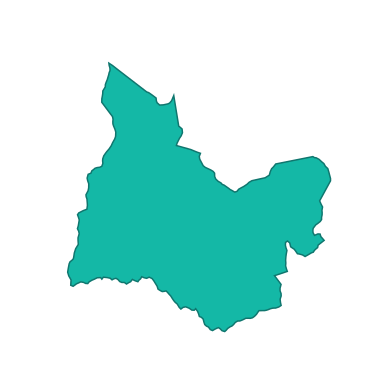 Araraquara, São Paulo, Brazil, rotated 348°
{"feature_id": "56859067B88826988181840", "entity_name": "Araraquara", "entity_type": "district", "adm_level": 2, "iso_a3": "BRA", "parent_name": "Brazil", "parent_adm1": "São Paulo", "projection": "mercator", "projection_center": [-48.185, -21.756], "detail": "fine", "context": "isolated", "style": "filled", "palette": "teal", "viewbox_px": 384, "rotation_deg": 348, "n_neighbors": 0, "source": "geoboundaries", "source_scale": "gbopen_adm2", "svg_char_len": 3829}
<svg xmlns="http://www.w3.org/2000/svg" viewBox="0 0 384 384"><g transform="rotate(348 192 192)"><path d="M208.3,155.9L205.0,153.9L199.6,150.2L186.4,143.3L187.5,141.2L189.3,138.9L191.0,136.8L193.1,134.8L195.0,132.0L195.4,128.3L194.1,126.5L192.7,124.8L194.2,93.9L191.0,98.5L188.5,100.4L186.7,100.8L183.8,100.8L182.0,100.8L178.4,100.2L176.4,97.4L176.1,95.5L176.4,92.6L173.2,88.9L170.3,85.8L168.5,84.7L145.7,57.9L140.6,51.8L137.5,48.7L137.3,51.1L137.5,53.6L137.1,56.1L135.8,58.0L134.8,60.2L133.7,62.2L132.4,64.6L130.8,66.9L129.6,68.9L129.0,71.2L125.8,74.6L125.1,77.3L124.1,79.9L123.2,82.0L122.4,85.5L128.5,98.7L129.9,101.7L129.9,104.4L129.2,106.7L128.8,109.0L129.0,111.0L129.7,114.8L129.9,117.6L128.8,121.8L127.4,124.1L124.6,127.3L122.6,130.0L119.9,132.6L117.0,134.8L115.4,136.2L113.2,138.3L111.6,141.0L111.0,143.0L110.8,145.4L109.1,148.1L107.0,148.6L104.3,148.4L102.1,148.6L100.3,149.6L98.5,150.4L97.0,152.6L94.1,153.1L92.3,156.6L92.3,159.3L92.7,162.5L91.8,166.4L90.6,169.2L87.7,172.7L87.5,174.7L87.8,177.0L87.2,181.5L86.9,183.4L85.6,187.0L81.8,187.6L76.9,188.9L75.3,190.4L75.7,193.3L75.9,195.9L73.7,201.5L72.3,204.1L73.0,206.7L73.0,209.3L71.0,213.1L70.5,215.5L69.9,219.6L66.4,223.3L64.2,227.2L62.8,231.0L62.0,232.7L60.4,233.8L58.2,234.9L56.9,236.7L56.1,238.6L55.0,241.2L53.7,244.6L54.0,248.4L55.4,252.9L54.0,258.0L56.1,259.5L58.0,258.7L59.9,257.8L61.9,257.4L64.5,256.8L67.2,257.9L68.9,259.3L71.0,259.9L72.7,258.5L75.7,257.5L78.3,257.0L81.4,256.2L84.8,256.7L85.7,258.5L87.6,256.9L91.3,258.1L94.0,259.3L95.5,261.3L97.4,260.7L99.7,260.6L101.4,262.2L102.7,264.6L104.6,265.9L107.0,266.4L108.8,268.4L111.3,267.5L113.3,267.0L115.5,265.1L117.9,267.0L120.4,268.5L121.8,267.2L123.7,266.2L125.2,264.4L127.3,265.9L129.7,267.0L132.4,266.4L135.0,268.4L136.2,271.0L137.3,274.1L138.3,276.9L138.6,280.0L140.8,282.1L142.2,283.2L144.1,283.4L146.1,283.4L147.3,285.3L148.2,287.0L149.6,289.3L150.5,291.8L151.6,294.5L152.6,296.4L154.3,298.6L155.5,302.2L156.8,304.2L159.3,303.0L162.0,303.0L165.1,305.1L167.3,307.5L169.7,308.1L171.3,306.9L172.6,309.8L173.1,312.5L173.3,315.3L175.1,316.5L176.5,318.6L176.6,321.7L176.9,324.3L178.2,326.1L180.0,327.5L181.3,330.4L183.3,331.8L185.7,331.0L188.0,330.4L189.8,330.2L191.2,331.8L192.5,333.9L195.0,335.3L196.9,334.2L198.5,332.9L201.2,331.8L203.2,331.4L205.1,330.3L207.2,328.6L209.8,327.7L212.0,328.1L213.9,327.8L215.8,327.4L218.4,326.7L220.9,327.2L222.8,327.7L225.0,327.6L227.3,326.6L229.6,325.1L231.3,323.4L232.9,322.0L238.5,323.1L240.3,323.1L242.2,322.9L244.4,322.5L247.0,322.4L249.7,322.9L253.1,322.5L255.6,321.5L255.6,318.4L255.9,315.2L257.6,312.2L258.0,309.9L257.6,307.0L258.1,304.5L259.9,300.9L255.3,291.0L268.7,289.5L268.4,287.1L268.2,283.8L269.0,281.0L269.4,278.2L270.4,274.8L271.2,272.5L272.7,268.9L272.3,265.9L272.3,263.5L273.0,260.8L275.2,259.8L277.0,262.1L277.1,266.1L278.5,267.6L280.0,269.1L280.9,270.9L282.3,274.3L284.1,275.0L287.0,276.5L289.2,278.6L292.4,277.6L296.3,276.3L298.1,276.1L299.7,274.5L301.3,273.5L303.3,272.5L304.3,270.2L311.2,266.8L309.8,264.2L308.8,262.5L308.5,259.7L306.3,259.2L302.8,259.9L301.9,256.8L302.3,254.5L303.0,252.7L304.7,251.2L306.2,249.9L308.3,249.0L311.3,247.5L313.0,245.9L313.5,243.6L314.5,241.4L315.0,239.3L315.3,236.9L316.6,233.8L315.7,230.6L315.0,227.2L329.8,209.9L330.3,207.6L330.1,203.7L330.0,201.2L329.7,197.3L327.8,194.6L326.9,191.6L325.2,189.5L323.1,186.5L320.6,184.4L318.9,183.8L317.6,182.5L279.7,182.0L277.0,184.3L274.7,185.8L272.9,188.2L271.1,191.6L266.5,193.3L261.8,193.3L252.9,193.4L249.8,194.4L247.6,195.8L243.9,197.3L240.7,198.2L238.2,199.0L236.2,200.7L233.8,201.0L231.3,198.7L229.8,197.5L228.7,196.1L227.1,194.4L224.8,191.9L223.2,190.9L222.2,189.1L219.8,187.0L217.9,184.2L217.4,181.5L218.0,178.3L217.0,176.3L214.9,174.3L211.7,171.9L210.1,170.7L208.4,168.6L206.4,161.5L206.5,158.7L208.3,155.9Z" fill="#14b8a6" stroke="#0f766e" stroke-width="1.5"/></g></svg>